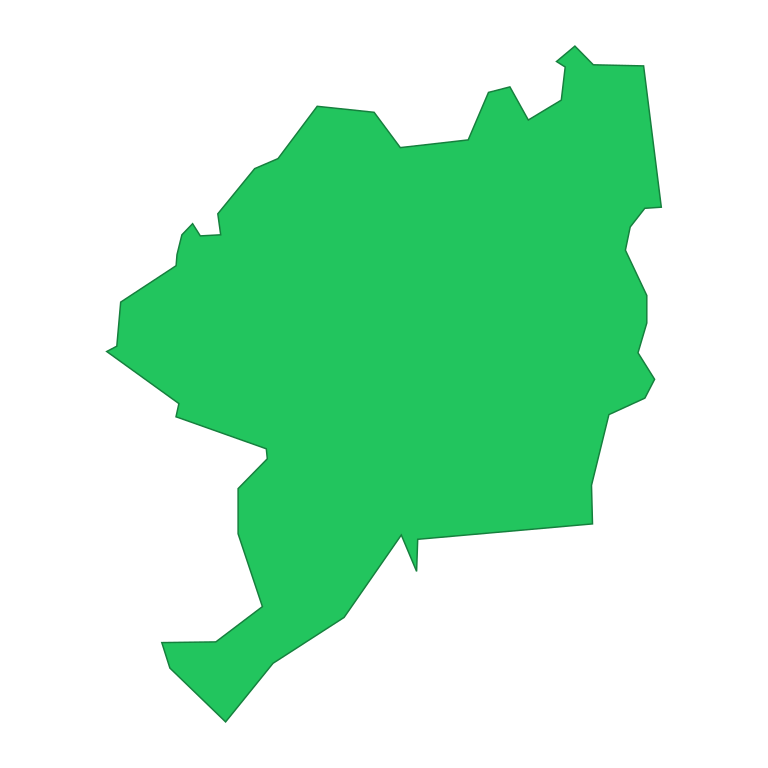 Baliet, Upper Nile, South Sudan
{"feature_id": "79223893B13684678916358", "entity_name": "Baliet", "entity_type": "district", "adm_level": 2, "iso_a3": "SSD", "parent_name": "South Sudan", "parent_adm1": "Upper Nile", "projection": "robinson", "projection_center": [32.373, 9.407], "detail": "fine", "context": "isolated", "style": "filled", "palette": "green", "viewbox_px": 768, "rotation_deg": 0, "n_neighbors": 0, "source": "geoboundaries", "source_scale": "gbopen_adm2", "svg_char_len": 785}
<svg xmlns="http://www.w3.org/2000/svg" viewBox="0 0 768 768"><path d="M416.6,571.4L417.7,539.3L569.7,525.9L592.5,523.9L591.5,485.3L608.9,414.6L644.9,398.1L654.6,379.3L638.0,352.8L646.8,323.0L646.8,295.5L625.4,250.2L630.2,227.0L644.8,208.3L661.3,207.2L643.6,65.9L593.3,64.8L574.9,46.1L556.5,61.5L565.2,67.0L561.3,100.1L528.3,120.0L509.9,86.9L488.5,92.4L468.2,139.9L400.3,147.6L374.1,112.3L317.2,106.3L278.0,158.6L254.7,168.6L217.8,213.8L220.7,234.8L200.3,235.9L192.6,223.7L181.9,234.8L177.0,254.6L176.1,265.7L120.7,302.1L116.8,346.2L106.7,351.5L178.9,403.6L176.0,416.8L266.3,448.8L267.3,458.8L238.1,488.6L238.1,533.8L262.4,606.6L215.8,641.9L161.8,642.6L169.9,668.1L225.6,721.9L273.0,663.3L344.1,617.4L401.3,535.0L416.6,571.4Z" fill="#22c55e" stroke="#15803d" stroke-width="1.5"/></svg>